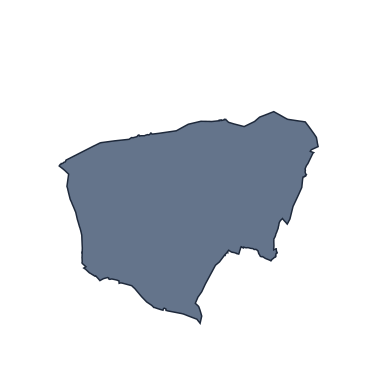 Gol nor, Buskerud, Norway, rotated 320°
{"feature_id": "86288312B77514254220313", "entity_name": "Gol nor", "entity_type": "district", "adm_level": 2, "iso_a3": "NOR", "parent_name": "Norway", "parent_adm1": "Buskerud", "projection": "mercator", "projection_center": [9.017, 60.751], "detail": "fine", "context": "isolated", "style": "filled", "palette": "slate", "viewbox_px": 384, "rotation_deg": 320, "n_neighbors": 0, "source": "geoboundaries", "source_scale": "gbopen_adm2", "svg_char_len": 5591}
<svg xmlns="http://www.w3.org/2000/svg" viewBox="0 0 384 384"><g transform="rotate(320 192 192)"><path d="M146.3,93.6L132.0,90.3L116.1,86.6L115.7,86.7L115.0,87.2L114.7,87.3L114.3,87.4L114.0,87.4L113.0,86.9L112.3,86.9L111.5,87.0L110.7,86.6L110.3,86.3L110.2,86.2L110.1,86.3L109.8,86.5L109.6,86.5L109.4,86.3L108.8,86.2L108.4,86.3L107.9,86.4L107.3,86.6L107.0,86.7L108.0,91.4L108.5,94.4L108.6,95.8L109.0,99.0L99.8,107.3L98.8,109.7L97.9,111.3L97.7,111.9L97.4,112.3L94.1,119.1L93.8,120.0L93.1,122.6L92.4,124.6L91.6,127.4L91.1,129.0L90.7,130.2L89.9,132.8L86.6,139.2L85.5,141.8L83.5,146.3L82.7,148.5L82.4,148.9L82.4,149.0L82.1,149.7L81.2,151.5L81.0,151.9L80.8,152.3L80.3,153.2L79.9,154.1L74.4,161.2L72.8,163.3L71.9,164.5L71.7,164.7L70.0,166.6L69.5,167.2L69.2,167.1L68.4,167.9L68.6,168.2L66.1,171.0L65.4,171.7L65.2,172.1L63.1,174.8L62.4,175.3L62.0,176.1L62.7,181.1L60.2,180.7L60.8,182.7L61.4,187.8L63.6,194.2L63.7,194.3L63.9,194.3L64.0,194.3L64.1,194.2L64.3,194.3L64.5,198.1L64.5,200.7L66.8,201.1L68.6,201.5L72.4,203.3L72.9,204.3L72.3,204.9L72.8,206.0L74.7,207.1L77.7,211.0L78.9,213.1L77.5,215.1L78.7,215.6L79.9,216.8L85.6,225.0L85.8,227.1L86.1,229.2L86.1,230.7L86.1,239.8L86.6,247.1L88.0,252.0L88.3,253.1L88.3,253.5L88.4,254.1L88.5,255.9L88.9,256.2L91.0,259.7L92.6,262.2L93.8,263.9L94.5,263.4L94.9,263.2L95.2,263.1L96.0,263.1L96.3,263.6L96.4,263.9L96.5,264.2L96.8,264.8L96.5,265.3L96.0,265.9L96.0,266.1L96.4,266.3L96.6,266.9L97.1,267.6L101.5,273.0L105.8,278.3L106.5,279.3L106.8,279.6L108.4,282.5L108.7,283.1L111.4,288.0L112.2,289.4L112.8,290.5L113.2,291.2L114.0,292.6L113.9,294.6L113.9,295.8L113.8,297.8L119.7,293.3L121.6,289.0L122.4,287.1L122.6,286.5L122.8,286.0L123.5,284.0L123.4,282.6L123.0,279.4L124.1,278.8L125.2,278.3L125.9,277.9L127.8,277.0L128.7,276.4L129.7,276.2L130.7,275.9L134.5,274.9L135.5,274.6L143.0,271.1L162.9,263.2L168.1,263.2L176.3,261.3L176.4,261.6L176.6,261.9L176.8,261.8L176.8,261.4L176.8,261.2L179.5,260.9L180.3,260.7L180.4,261.4L181.2,260.6L182.6,260.1L182.8,260.4L182.8,260.7L183.0,261.3L183.1,261.8L183.2,262.2L183.5,262.8L183.6,263.2L183.9,263.8L184.1,264.0L184.5,264.4L184.6,264.7L184.8,264.8L185.4,265.6L185.6,265.8L186.1,266.7L186.3,267.1L186.7,267.6L186.7,267.8L186.7,268.1L186.8,268.2L187.1,268.5L187.9,269.6L189.3,268.8L190.4,267.9L191.4,267.4L191.6,267.2L192.3,266.8L192.7,266.5L193.1,266.3L194.5,265.5L194.7,265.8L194.7,266.0L194.3,266.0L194.5,266.2L194.8,266.2L194.9,266.6L195.0,266.8L195.3,267.8L195.5,267.7L196.3,267.5L196.6,268.3L197.4,269.3L197.8,269.7L198.7,270.3L199.0,270.5L199.3,270.8L199.8,271.5L200.7,272.9L201.0,273.2L201.5,273.7L201.9,274.1L202.1,274.3L202.4,274.9L202.5,275.1L202.5,275.3L202.6,275.6L202.6,275.9L202.7,276.0L202.9,276.2L203.2,276.4L203.4,276.6L204.1,277.0L204.2,277.3L204.4,278.0L204.5,278.2L204.5,278.8L204.5,279.1L204.7,279.3L204.6,279.7L204.6,279.9L204.1,280.7L204.0,281.3L203.9,281.5L203.6,281.9L203.5,282.0L203.5,282.4L203.3,284.0L203.1,284.7L203.0,285.0L203.1,285.4L203.3,285.8L203.5,286.1L203.7,286.3L204.4,286.7L204.5,286.9L204.6,287.1L204.6,287.4L204.7,287.5L204.9,288.0L205.0,288.3L205.1,288.8L205.2,289.1L205.3,289.5L205.5,289.9L205.7,290.4L206.1,291.2L206.3,291.6L206.5,291.9L207.3,293.4L207.9,294.6L208.2,295.5L208.9,295.4L209.2,295.1L209.4,295.2L210.0,295.0L210.6,295.1L211.1,295.1L211.8,295.2L212.0,295.1L212.4,295.1L212.7,295.1L213.1,295.1L213.4,295.1L213.7,295.4L214.0,295.4L214.7,295.4L214.8,295.1L214.9,294.9L215.1,294.8L215.2,294.5L215.3,294.5L215.3,294.4L215.6,294.2L215.9,294.0L216.1,293.7L216.5,293.5L216.6,293.4L216.8,293.4L217.0,293.2L217.1,293.3L217.3,293.3L217.5,293.4L217.9,293.3L218.1,293.4L218.5,292.9L218.4,292.2L218.5,291.9L219.6,290.2L219.8,289.9L220.0,289.7L219.6,289.4L219.3,289.3L218.7,289.2L218.1,288.9L217.4,288.8L217.9,288.1L218.7,287.3L219.2,287.0L219.4,286.8L219.4,286.7L219.6,286.4L220.1,286.0L222.6,282.8L224.5,280.6L226.6,279.8L227.9,279.1L229.5,277.9L230.3,277.6L231.6,276.9L233.3,275.9L234.6,275.2L235.6,274.3L237.3,273.1L237.9,272.5L239.4,271.4L241.4,270.7L242.8,270.6L243.9,270.6L244.2,270.5L244.2,273.4L244.3,275.3L244.3,277.8L246.2,277.1L246.8,276.8L248.3,276.2L249.7,275.6L260.1,268.0L262.1,267.1L264.2,266.1L264.7,265.9L272.2,262.4L279.0,259.1L285.6,252.7L285.8,252.7L286.0,252.4L286.7,252.0L286.9,251.9L287.0,252.0L287.3,252.4L287.5,252.5L287.8,252.5L288.5,252.3L288.8,252.7L289.2,252.6L289.3,252.7L289.5,252.6L289.8,252.7L289.9,252.4L290.2,252.3L290.3,252.1L290.6,252.1L290.5,251.9L290.8,251.2L291.0,250.9L291.0,250.4L291.2,249.9L291.6,249.3L291.7,249.2L291.9,249.0L292.8,248.3L293.0,247.9L293.1,247.6L293.4,247.3L293.6,246.9L296.5,245.4L298.3,244.9L298.8,244.8L299.1,244.7L309.3,240.1L309.9,240.0L310.5,240.0L308.7,236.9L309.5,236.5L310.5,236.4L310.9,236.4L317.8,238.3L319.6,234.9L320.5,233.5L322.4,230.1L322.9,225.5L323.1,222.5L323.5,217.2L323.8,211.1L321.7,208.7L320.4,207.3L312.0,197.8L311.0,195.4L306.3,183.0L291.9,178.1L285.2,178.2L274.0,175.4L267.8,166.7L264.8,162.1L264.6,160.1L264.6,159.3L264.4,158.4L264.5,158.1L264.0,157.9L264.1,157.7L263.8,157.3L263.5,157.1L263.2,157.1L262.8,157.3L260.9,156.4L260.5,156.1L260.8,155.7L259.9,155.0L259.0,154.5L258.8,155.0L252.3,150.6L250.9,149.3L244.2,143.5L232.7,137.7L219.3,135.0L204.4,125.8L202.1,124.3L198.6,122.0L198.6,120.9L198.5,120.5L198.3,120.3L198.1,120.3L197.5,120.6L197.0,120.7L196.0,120.6L195.7,120.5L195.6,120.4L195.1,119.9L195.0,119.6L194.7,119.4L192.8,118.6L192.3,118.5L191.7,118.3L189.2,116.2L187.7,115.3L187.7,115.2L188.0,114.9L188.0,114.2L187.2,113.9L185.3,114.2L181.7,112.5L180.6,111.4L177.7,111.2L165.8,103.2L154.3,95.9L153.1,95.3L152.7,95.2L146.3,93.6Z" fill="#64748b" stroke="#1e293b" stroke-width="1.5"/></g></svg>